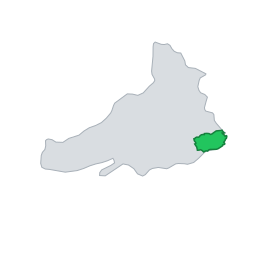 Monte Cristi highlighted on a map of Dominican Republic, rotated 151°
{"feature_id": "DOM-1964", "entity_name": "Monte Cristi", "entity_type": "Province", "adm_level": 1, "iso_a3": "DOM", "parent_name": "Dominican Republic", "parent_adm1": "", "projection": "albers", "projection_center": [-71.5, 19.721], "detail": "fine", "context": "in_parent", "style": "filled", "palette": "green", "viewbox_px": 256, "rotation_deg": 151, "n_neighbors": 0, "source": "natural_earth", "source_scale": "10m", "svg_char_len": 2210}
<svg xmlns="http://www.w3.org/2000/svg" viewBox="0 0 256 256"><g transform="rotate(151 128 128)"><path d="M45.5,168.0L45.8,159.1L47.1,155.4L45.9,151.6L40.2,147.5L36.7,142.3L33.6,137.6L34.3,136.9L40.5,136.8L42.7,135.1L46.9,130.3L47.7,126.5L47.4,123.6L44.6,120.1L43.6,116.5L46.9,113.3L51.3,108.7L51.9,106.9L51.8,105.1L46.7,100.2L46.4,98.1L48.8,92.8L48.5,89.3L46.2,78.3L45.1,76.7L47.4,75.8L48.8,72.5L50.8,69.6L53.5,68.0L56.4,67.1L62.4,67.1L70.6,69.7L72.9,69.6L80.8,67.3L87.3,66.0L93.5,67.4L96.0,69.4L101.1,72.5L103.6,73.5L111.7,73.3L113.9,73.6L120.6,78.8L126.3,80.8L129.6,80.9L135.5,78.8L138.5,78.9L141.9,83.3L142.6,89.6L145.5,95.4L149.8,99.0L171.1,97.2L175.9,100.2L174.3,102.7L171.3,104.1L161.2,103.6L156.7,104.0L155.9,106.5L155.9,108.8L161.8,109.3L167.6,110.4L173.6,112.2L179.6,113.4L186.4,114.1L193.1,115.4L204.3,119.8L216.8,129.9L220.2,132.2L222.4,135.4L221.5,139.4L217.2,146.0L214.7,148.2L211.1,149.5L208.6,152.3L206.3,156.9L204.8,157.3L203.1,157.1L200.1,154.6L197.9,150.6L191.9,147.0L184.8,147.6L174.3,145.5L168.0,146.7L161.7,147.0L155.2,145.9L148.7,145.6L142.2,147.1L135.9,149.5L133.6,151.1L129.6,154.8L127.5,156.2L112.1,158.2L107.7,155.5L103.6,151.8L97.7,151.3L89.1,154.2L83.8,155.3L81.6,156.5L81.0,158.0L81.0,163.2L79.8,166.3L71.5,178.4L66.7,186.8L64.8,189.4L62.6,190.0L58.4,185.1L55.8,183.4L52.6,182.5L51.2,179.9L51.2,176.2L50.4,172.7L48.4,169.9L45.5,168.0Z" fill="#d9dde1" stroke="#a8b0b8" stroke-width="1"/><path d="M46.8,80.5L46.8,79.6L46.7,78.6L46.2,77.1L47.2,77.3L48.1,77.8L47.9,76.7L47.0,74.6L47.1,74.1L47.1,73.7L45.7,73.6L45.5,73.0L46.1,72.2L46.9,71.3L47.1,71.1L47.4,71.1L47.9,71.1L48.3,71.0L48.9,70.3L49.2,70.0L49.8,69.7L50.2,69.6L50.7,69.4L51.3,68.9L50.9,68.2L50.9,67.6L51.1,67.1L51.8,67.0L52.2,67.0L52.8,67.3L53.2,67.4L53.4,67.3L53.7,66.8L53.9,66.6L59.2,66.2L60.5,66.4L61.8,66.9L66.7,69.5L68.1,69.7L69.5,69.2L70.5,70.0L71.3,70.3L73.5,70.4L74.0,72.2L75.0,73.8L76.6,74.2L78.1,74.9L77.6,76.4L77.1,78.1L77.3,79.9L77.4,81.7L76.2,81.6L75.8,82.7L76.2,84.7L75.6,86.6L74.7,86.3L73.9,86.8L72.3,86.7L70.7,85.7L69.6,85.9L68.6,86.4L67.0,86.5L65.4,85.9L64.5,85.3L63.9,86.1L61.7,85.1L59.8,83.8L59.0,82.4L57.7,82.1L52.3,82.7L47.4,80.6L46.8,80.5Z" fill="#22c55e" stroke="#15803d" stroke-width="1.5"/></g></svg>